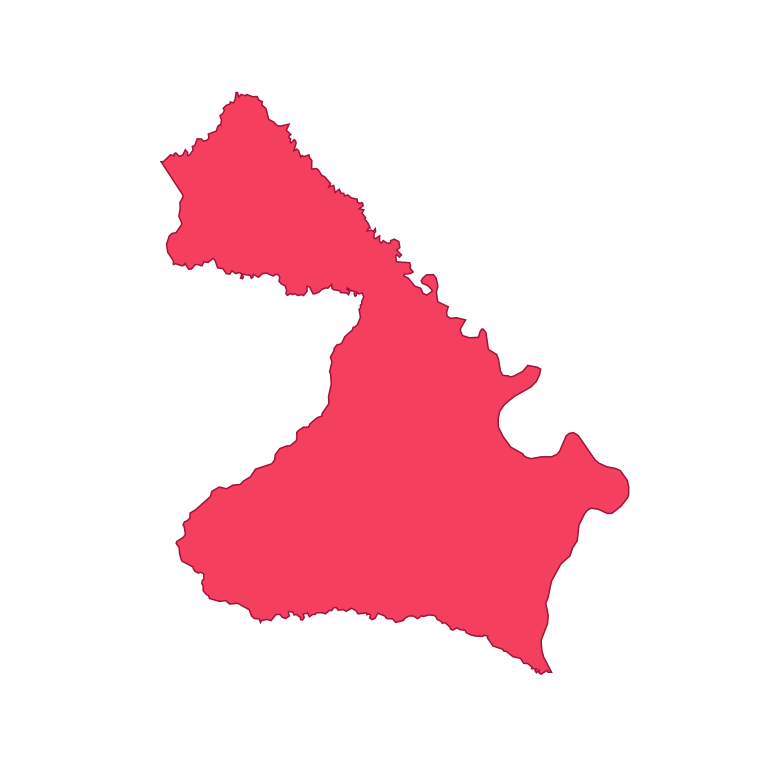 outline of Carolina, Maranhão, Brazil, rotated 172°
{"feature_id": "56859067B38321645183577", "entity_name": "Carolina", "entity_type": "district", "adm_level": 2, "iso_a3": "BRA", "parent_name": "Brazil", "parent_adm1": "Maranhão", "projection": "robinson", "projection_center": [-47.173, -7.453], "detail": "fine", "context": "isolated", "style": "filled", "palette": "rose", "viewbox_px": 768, "rotation_deg": 172, "n_neighbors": 0, "source": "geoboundaries", "source_scale": "gbopen_adm2", "svg_char_len": 6155}
<svg xmlns="http://www.w3.org/2000/svg" viewBox="0 0 768 768"><g transform="rotate(172 384 384)"><path d="M185.6,279.5L198.9,306.0L203.1,309.5L207.5,309.3L210.8,307.3L219.5,292.9L222.7,290.2L228.3,288.6L238.1,290.0L248.7,289.6L253.0,291.5L255.6,293.6L256.3,295.6L267.2,303.8L273.4,315.3L276.7,325.4L275.8,333.6L273.3,340.7L267.9,346.6L262.7,350.0L256.6,353.6L238.8,360.7L232.7,365.4L228.6,371.7L226.8,376.9L229.9,379.3L239.0,382.4L244.8,377.2L254.2,373.8L258.1,373.4L259.8,374.8L265.2,376.0L266.9,380.8L267.2,392.5L268.3,397.5L275.8,403.7L275.9,420.6L278.1,424.4L279.3,424.9L281.4,422.8L284.0,417.1L293.0,417.9L299.5,421.0L300.9,426.0L300.2,428.7L294.3,436.1L303.2,439.6L308.9,439.7L312.1,442.4L312.0,446.5L309.6,451.5L319.4,458.0L319.3,468.0L317.1,472.9L317.1,475.6L317.6,481.4L319.8,485.4L326.5,486.2L330.7,483.6L332.8,481.0L331.9,478.3L327.1,475.5L323.5,470.7L323.6,469.0L329.3,466.1L332.7,468.2L334.3,473.7L339.9,476.6L345.4,485.7L349.3,488.1L348.6,489.9L342.7,489.7L339.6,490.9L342.1,495.2L341.3,496.8L341.6,500.5L354.8,503.3L354.4,509.6L353.2,510.1L351.1,507.5L348.7,509.4L352.8,514.9L349.3,516.9L349.5,523.0L353.7,526.0L357.3,525.1L358.3,522.7L361.3,523.0L364.8,526.1L367.3,523.9L368.7,525.8L367.7,531.3L372.6,529.0L373.7,530.6L372.6,534.8L371.1,535.9L371.0,539.0L373.4,536.7L375.4,538.2L379.5,537.9L377.7,540.3L376.0,540.5L377.3,545.2L380.0,549.8L379.1,551.5L382.0,556.1L379.8,559.3L384.2,561.0L379.9,563.4L379.8,565.3L380.8,566.8L383.0,566.2L385.1,568.1L384.8,570.7L390.6,572.9L393.4,576.2L396.9,575.9L397.3,578.4L399.9,578.9L401.2,583.1L405.8,580.4L406.2,587.7L411.2,586.9L409.0,589.8L414.1,597.8L416.4,599.0L419.5,605.6L421.3,606.8L425.7,606.9L424.4,615.4L426.4,618.9L426.4,621.3L431.9,620.3L433.2,621.7L434.8,620.3L436.2,627.1L437.7,628.8L440.7,627.6L437.5,634.8L437.8,637.2L439.0,638.5L442.3,635.7L443.4,636.5L442.3,639.8L443.8,641.1L443.5,643.0L441.5,643.9L445.4,648.9L441.8,654.5L451.1,653.8L454.0,655.0L456.6,658.7L461.3,662.0L462.6,673.3L466.2,677.4L465.2,680.6L468.5,682.6L469.5,686.3L473.9,686.7L479.6,689.8L481.2,688.8L485.3,690.6L487.8,688.5L488.5,693.0L490.0,693.2L491.6,687.1L493.8,683.4L497.0,684.6L497.2,682.9L501.6,681.8L504.9,679.3L503.9,677.2L506.0,674.3L509.1,672.5L508.2,668.1L509.8,662.8L510.9,663.5L512.9,662.0L514.8,657.8L523.2,656.0L523.2,651.6L525.5,650.1L529.0,649.5L530.7,652.0L534.8,652.8L538.2,646.5L540.8,645.8L540.5,642.2L545.2,637.4L546.7,637.4L546.2,640.4L548.1,643.6L551.4,638.8L555.0,637.9L558.0,641.8L559.8,641.1L560.3,639.2L563.4,640.7L571.7,634.8L573.8,635.1L556.8,599.1L557.2,596.9L560.8,592.2L561.4,586.2L563.8,578.6L561.9,571.7L562.4,569.9L568.9,562.8L573.1,562.6L576.0,560.5L579.9,552.7L579.8,544.4L575.5,535.5L575.9,531.7L573.5,532.1L567.5,529.1L565.4,529.5L564.2,531.0L561.3,524.7L558.6,524.7L554.5,528.3L552.2,528.4L547.9,526.3L545.3,530.2L541.4,528.8L535.7,532.2L534.2,530.2L532.6,522.3L527.4,520.5L524.8,515.2L521.3,514.3L518.9,517.2L515.5,514.0L511.8,514.5L509.4,512.5L501.3,510.2L500.7,507.2L499.0,508.0L498.1,510.7L493.4,507.2L488.9,510.2L485.1,510.3L478.8,506.4L475.8,507.6L473.8,507.1L472.3,504.4L473.7,500.4L471.7,497.4L468.1,494.7L467.4,490.2L468.5,487.2L467.3,485.3L463.7,486.6L462.1,485.2L459.4,485.8L457.1,483.6L453.2,484.0L451.4,482.7L447.3,486.6L446.6,491.4L444.3,490.6L441.6,483.0L440.0,483.0L435.7,484.0L432.2,486.4L427.9,487.3L426.4,486.6L422.0,489.8L422.2,485.9L420.9,484.4L415.0,482.6L414.2,480.5L408.3,479.3L406.8,477.3L404.8,480.9L407.5,482.9L406.9,484.3L403.4,480.8L400.0,479.8L401.2,477.4L400.4,474.9L399.2,475.4L398.1,478.7L396.3,476.6L392.9,477.3L392.0,472.9L394.6,468.9L394.9,466.0L396.4,465.5L396.8,462.3L398.3,461.4L398.0,453.4L402.1,446.4L404.9,444.4L406.6,444.5L408.0,441.7L416.1,436.4L419.9,430.7L422.5,429.3L424.8,429.6L428.3,426.3L429.0,423.9L433.3,418.1L432.5,413.0L436.2,403.7L435.5,401.2L436.2,391.3L440.7,379.3L441.3,372.2L449.4,363.4L450.0,360.9L454.7,360.0L462.6,355.1L464.8,351.8L469.8,352.4L475.4,349.7L477.2,348.1L477.7,342.5L478.9,340.0L485.8,335.8L488.7,336.2L496.1,334.6L501.4,329.3L503.1,323.7L506.3,320.6L523.1,317.6L529.2,310.6L536.1,307.8L540.4,304.5L547.8,304.9L554.4,302.2L561.6,304.9L569.5,301.6L571.6,296.7L587.8,285.8L594.0,283.2L594.8,278.4L597.5,276.1L600.7,275.3L602.7,272.3L601.7,270.7L601.6,262.8L604.0,260.2L611.2,256.9L612.0,255.1L609.6,250.5L610.1,244.7L609.2,238.4L608.6,236.6L598.4,229.3L598.6,227.5L597.0,224.5L594.0,222.6L591.9,223.2L588.9,220.9L589.5,215.9L591.2,214.8L592.3,211.8L591.1,209.0L591.9,204.5L589.3,200.4L587.2,198.9L586.7,195.9L577.0,191.6L570.8,191.5L567.6,187.6L559.4,187.2L548.8,179.1L547.5,172.8L545.0,169.8L540.2,168.7L539.5,164.9L538.1,166.8L532.5,167.1L528.8,165.4L523.1,170.7L518.9,170.2L517.3,167.2L514.1,165.4L510.0,167.4L510.6,171.0L509.5,171.9L505.9,170.6L505.2,167.8L502.9,167.9L499.1,164.3L499.4,162.3L497.4,161.7L495.5,163.8L496.0,167.4L491.6,167.8L490.2,163.9L486.8,165.7L484.3,165.4L482.8,166.8L476.6,166.0L474.0,164.5L469.5,167.3L467.3,166.9L465.3,169.2L462.4,169.3L460.8,166.3L456.1,166.3L453.0,164.2L447.2,166.5L443.1,163.1L441.7,160.0L433.0,159.7L433.0,157.9L430.4,158.2L429.6,156.9L430.8,154.5L428.7,152.3L425.3,153.4L422.1,157.9L415.7,154.3L414.0,151.4L408.1,150.1L405.6,146.3L398.1,147.0L394.9,149.6L391.5,150.7L387.3,150.2L383.4,146.9L379.2,149.3L377.5,148.3L371.6,149.0L367.1,148.0L365.2,146.8L364.1,143.4L360.4,140.9L359.7,139.1L356.4,138.9L352.4,133.9L352.3,132.1L350.1,130.7L345.6,132.4L343.0,130.2L338.1,128.9L337.2,126.4L333.3,123.6L328.2,121.6L321.4,120.3L319.9,121.2L316.5,120.0L316.9,118.2L312.5,109.3L303.5,104.9L302.4,102.6L300.3,102.4L294.1,95.9L287.1,93.4L284.6,88.0L280.7,87.2L276.7,83.1L277.5,81.6L272.7,80.5L274.3,79.1L273.3,76.9L270.3,78.8L270.8,76.4L268.7,74.8L262.1,77.8L261.8,75.8L258.2,75.2L263.9,91.4L264.8,97.9L264.3,106.1L263.7,109.1L255.5,123.7L253.6,131.7L254.3,144.3L251.3,149.6L245.6,165.4L233.9,181.2L223.9,187.8L220.0,195.5L214.5,201.8L210.6,217.1L203.0,228.2L199.1,231.3L195.9,232.1L189.4,230.2L181.0,224.8L176.3,224.2L166.3,230.0L158.4,237.7L157.1,240.3L156.0,248.2L156.5,254.7L162.1,265.4L166.8,268.3L174.9,271.0L182.4,275.8L185.6,279.5ZM509.4,512.5L511.4,508.9L509.7,507.9L508.3,509.2L509.4,512.5Z" fill="#f43f5e" stroke="#9f1239" stroke-width="1.5"/></g></svg>